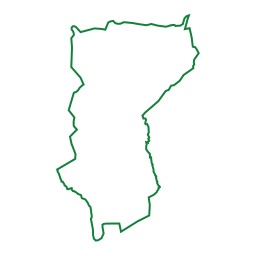 outline of San, Ségou, Mali
{"feature_id": "8926073B15709511390037", "entity_name": "San", "entity_type": "district", "adm_level": 2, "iso_a3": "MLI", "parent_name": "Mali", "parent_adm1": "Ségou", "projection": "robinson", "projection_center": [-4.933, 13.109], "detail": "fine", "context": "isolated", "style": "outline", "palette": "green", "viewbox_px": 256, "rotation_deg": 0, "n_neighbors": 0, "source": "geoboundaries", "source_scale": "gbopen_adm2", "svg_char_len": 2372}
<svg xmlns="http://www.w3.org/2000/svg" viewBox="0 0 256 256"><path d="M132.5,23.0L123.9,22.2L120.4,23.7L117.7,23.8L115.1,23.0L113.2,20.9L110.1,21.5L108.2,22.6L105.3,29.7L102.1,29.0L94.6,28.4L80.6,32.1L75.8,26.9L74.1,26.2L72.6,26.4L71.6,27.8L71.7,29.6L73.0,31.2L73.8,33.4L73.8,35.1L71.3,38.2L72.0,47.5L71.3,67.1L80.5,77.6L83.6,84.5L82.9,84.9L82.7,85.0L79.8,87.6L77.9,90.5L75.8,92.2L74.4,92.5L74.0,92.6L73.9,92.7L70.5,104.0L68.7,110.2L74.4,117.5L73.6,121.8L73.8,126.1L76.9,129.6L70.0,136.6L71.5,143.7L75.5,154.1L75.2,158.9L57.3,169.4L57.7,169.9L57.4,170.4L57.5,171.3L58.8,173.6L59.6,175.9L60.6,179.0L61.2,179.9L61.5,181.6L62.8,181.8L64.4,184.4L64.6,185.4L66.5,186.7L67.2,189.0L68.0,189.3L68.3,189.3L68.6,189.2L69.2,188.7L70.1,188.7L71.1,188.2L71.7,188.1L71.8,189.6L72.9,191.1L74.2,191.1L75.1,191.8L76.7,192.7L77.7,193.8L81.1,195.2L81.7,197.9L82.3,198.4L84.6,199.0L85.7,199.9L87.7,202.7L89.0,205.6L90.4,206.9L91.1,210.5L91.2,212.8L91.3,213.2L91.7,215.3L91.7,217.5L90.9,218.7L92.0,224.6L93.0,229.9L93.1,235.4L94.0,238.8L95.9,240.6L98.4,240.1L101.5,238.2L103.6,233.5L102.5,226.8L102.5,224.7L103.8,223.9L106.0,223.6L119.3,223.5L121.0,231.7L137.5,221.4L149.2,215.5L149.8,205.0L148.7,197.4L153.6,194.9L156.5,192.4L157.4,190.7L158.8,188.5L158.6,187.7L159.9,187.0L159.4,186.1L158.7,185.9L157.2,183.3L157.4,181.8L156.8,181.2L156.4,178.9L155.8,177.2L156.3,176.5L156.0,175.9L155.3,175.4L154.6,173.6L153.5,171.5L153.6,169.9L152.6,166.1L152.3,165.4L152.7,164.5L151.8,163.4L151.2,159.2L151.1,157.4L150.0,157.5L149.8,153.7L148.4,152.4L146.2,149.3L146.2,146.4L146.7,144.5L146.2,142.2L147.8,142.7L147.6,141.8L149.2,140.8L148.3,138.6L149.2,137.9L149.2,137.0L148.5,136.0L148.0,135.0L147.8,134.4L148.1,133.9L148.8,132.5L148.5,127.0L147.1,124.1L145.6,124.2L145.4,123.8L145.2,123.3L146.0,119.9L145.5,118.5L143.4,118.5L142.8,116.4L142.4,115.7L145.1,112.6L158.3,101.2L158.8,100.5L165.7,91.0L168.7,89.9L171.1,85.7L174.0,85.2L179.7,80.8L183.6,75.0L193.3,68.2L193.1,66.0L194.2,64.5L193.8,62.3L194.2,59.6L198.7,53.2L196.6,49.2L195.2,47.2L192.8,46.7L191.7,37.7L189.6,28.2L184.9,29.1L187.8,18.4L188.9,15.4L186.2,16.4L184.4,18.6L183.5,21.6L182.8,24.1L180.1,25.7L176.7,25.8L175.6,26.0L175.1,25.4L174.2,25.0L173.1,25.0L172.0,25.0L171.0,25.4L170.7,25.6L170.0,25.4L168.5,26.1L165.7,26.7L157.6,25.6L151.3,24.0L146.5,25.2L139.9,24.3L136.3,23.7L132.5,23.0Z" fill="none" stroke="#15803d" stroke-width="2"/></svg>